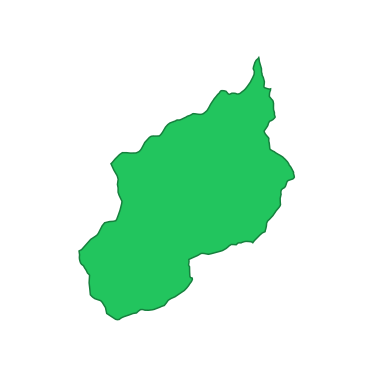 the district of Gongdue, Mongar, Bhutan, rotated 215°
{"feature_id": "84629894B588701148040", "entity_name": "Gongdue", "entity_type": "district", "adm_level": 2, "iso_a3": "BTN", "parent_name": "Bhutan", "parent_adm1": "Mongar", "projection": "equal_earth", "projection_center": [91.157, 27.034], "detail": "fine", "context": "isolated", "style": "filled", "palette": "green", "viewbox_px": 384, "rotation_deg": 215, "n_neighbors": 0, "source": "geoboundaries", "source_scale": "gbopen_adm2", "svg_char_len": 4109}
<svg xmlns="http://www.w3.org/2000/svg" viewBox="0 0 384 384"><g transform="rotate(215 192 192)"><path d="M214.4,340.4L214.4,339.1L214.8,337.7L215.0,336.7L214.9,335.6L214.7,333.9L214.3,332.8L213.9,331.5L213.3,329.6L212.5,328.0L210.3,326.8L208.6,324.0L207.9,320.5L207.5,317.4L207.2,315.6L207.2,313.5L207.2,312.7L207.2,310.5L207.3,308.5L207.4,306.9L207.8,304.8L208.2,303.7L208.7,302.1L209.1,300.5L210.1,299.0L211.3,298.1L212.7,297.8L213.6,297.4L214.7,296.7L216.0,295.8L216.4,295.1L217.2,293.6L218.3,293.1L220.0,293.5L221.9,294.0L223.6,293.4L224.9,292.7L226.1,291.8L226.4,291.2L226.5,290.3L226.5,289.4L226.4,288.5L226.7,287.6L226.9,286.2L227.0,284.1L227.3,281.2L227.2,279.6L227.2,277.9L227.1,274.6L226.6,270.8L226.4,267.3L227.0,264.8L227.7,262.6L228.5,261.4L229.6,260.4L231.4,259.3L234.0,258.0L235.6,257.1L236.2,256.6L236.9,255.0L237.6,253.6L238.5,252.4L239.3,251.3L239.8,250.0L241.3,247.4L242.5,245.2L243.5,243.8L244.6,243.0L245.3,242.6L245.7,242.1L246.0,241.7L246.1,241.0L246.6,240.3L247.2,239.5L249.7,235.8L250.5,233.3L250.9,229.9L250.4,224.0L250.5,221.0L250.9,219.2L252.8,217.7L256.0,215.5L257.4,214.2L258.2,212.3L259.1,205.5L258.8,203.4L258.2,198.5L258.2,196.6L258.6,194.6L260.2,191.9L264.8,188.5L268.1,186.7L271.6,184.3L272.8,181.1L273.9,174.9L274.3,170.0L274.6,168.7L268.7,165.2L262.6,162.4L259.8,160.1L257.4,155.4L254.9,153.0L252.4,149.4L249.8,147.5L244.0,144.2L243.0,142.3L240.5,135.8L239.0,130.4L238.0,126.5L238.0,124.7L239.7,122.8L242.6,120.5L245.9,116.7L246.2,112.9L245.0,104.3L245.1,102.2L245.8,100.1L247.8,95.1L249.2,83.0L249.4,81.4L250.7,78.9L249.5,77.6L248.1,76.1L246.8,73.9L245.7,72.5L244.0,71.0L242.6,70.0L240.9,69.4L239.4,69.4L238.2,69.2L236.8,68.4L234.8,67.6L233.6,67.1L231.1,65.7L229.2,65.4L228.2,65.1L224.5,59.1L224.1,58.5L219.7,53.5L218.6,52.2L216.3,49.5L214.3,49.1L213.0,48.9L210.4,48.9L204.5,50.6L203.0,50.3L202.1,50.1L198.5,48.5L196.6,47.7L192.2,43.6L185.1,43.8L181.6,43.9L179.9,44.6L178.5,45.9L178.4,46.4L177.6,48.6L176.2,50.9L173.1,55.1L170.7,58.6L168.1,61.1L167.6,63.6L166.7,66.2L164.9,67.5L162.8,68.2L159.9,70.1L157.1,72.6L155.7,74.1L152.6,78.7L152.2,79.3L151.3,80.9L149.6,83.2L149.4,86.5L149.4,89.7L148.1,92.7L145.8,96.5L143.8,101.8L141.8,107.0L141.3,110.2L141.1,113.3L141.2,115.5L141.1,118.3L141.5,120.5L142.4,121.6L144.1,121.1L145.3,121.6L147.9,124.9L151.2,129.4L152.5,129.9L152.9,130.2L153.8,131.9L154.6,133.4L155.4,134.3L155.9,134.9L154.3,137.7L152.5,140.7L151.1,143.0L150.3,144.7L149.9,145.6L149.5,146.6L148.5,147.6L146.6,148.7L142.8,150.4L140.7,152.7L135.5,158.9L134.6,160.0L133.4,161.6L131.7,165.2L131.1,167.3L130.7,169.2L129.8,171.5L127.5,173.0L125.5,174.2L125.3,175.6L125.1,176.3L124.9,176.8L124.0,177.6L122.7,178.4L122.0,179.6L120.8,181.2L119.6,182.4L118.1,183.4L116.2,184.5L114.7,185.3L113.1,185.3L113.1,186.3L113.0,188.1L112.2,192.7L111.7,195.8L110.9,198.9L109.4,201.4L109.9,202.5L110.5,204.3L111.5,206.7L113.1,209.5L113.4,212.0L112.9,214.0L112.2,219.1L112.3,224.9L111.9,229.3L111.9,230.8L112.2,232.3L114.1,234.6L116.1,237.3L117.6,240.9L117.8,241.4L118.5,241.9L119.4,243.3L119.8,244.3L120.0,245.2L119.7,246.7L118.8,248.6L118.7,250.1L119.2,252.0L119.8,253.9L120.1,255.2L119.8,256.6L118.2,258.8L116.9,260.5L116.6,261.8L116.7,262.9L117.7,263.9L119.7,265.6L120.1,266.4L120.8,266.8L122.0,267.4L123.7,268.3L125.6,269.2L128.0,269.9L129.0,270.6L131.2,271.5L133.1,271.9L134.4,272.2L136.7,272.5L137.7,272.7L140.5,272.6L143.2,272.3L146.0,272.1L147.8,272.2L149.4,271.9L152.2,271.7L153.2,272.2L154.7,274.0L156.9,276.5L158.3,277.7L159.9,280.1L160.8,280.4L163.2,281.0L164.3,281.3L165.8,281.8L167.5,282.9L167.9,283.3L167.9,284.5L167.9,287.3L168.0,289.8L168.9,292.6L169.0,294.5L167.9,296.2L167.2,297.9L166.9,299.7L166.8,300.8L167.2,301.4L168.5,302.3L169.1,303.0L170.0,304.3L172.3,306.1L173.7,307.9L176.0,311.3L177.7,312.9L178.7,313.4L179.6,313.5L181.3,314.0L183.4,314.6L183.7,315.0L184.0,315.5L185.0,317.1L185.7,318.6L186.1,320.4L186.8,321.6L187.7,320.6L189.9,319.8L192.3,319.1L193.5,319.4L195.0,322.3L196.0,323.9L199.3,326.7L201.7,328.0L202.3,328.9L203.8,330.1L205.8,332.8L208.5,335.0L211.6,337.5L213.8,339.9L214.4,340.4Z" fill="#22c55e" stroke="#15803d" stroke-width="1.5"/></g></svg>